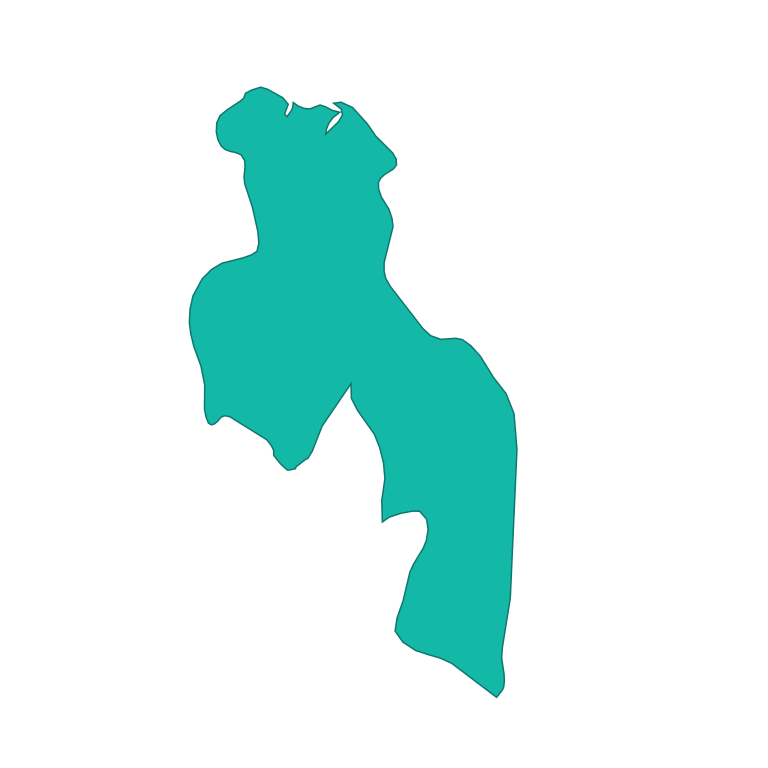 an SVG outline of Long An, rotated 229°
{"feature_id": "VNM-503", "entity_name": "Long An", "entity_type": "Province", "adm_level": 1, "iso_a3": "VNM", "parent_name": "Vietnam", "parent_adm1": "", "projection": "orthographic", "projection_center": [106.273, 10.719], "detail": "fine", "context": "isolated", "style": "filled", "palette": "teal", "viewbox_px": 768, "rotation_deg": 229, "n_neighbors": 0, "source": "natural_earth", "source_scale": "10m", "svg_char_len": 1976}
<svg xmlns="http://www.w3.org/2000/svg" viewBox="0 0 768 768"><g transform="rotate(229 384 384)"><path d="M176.7,228.9L190.3,230.3L198.8,240.3L207.8,256.1L225.0,280.1L228.6,287.9L234.4,306.0L238.2,313.4L245.1,321.7L254.1,327.5L264.6,327.4L269.3,322.2L275.3,312.0L280.1,300.6L280.9,292.2L297.8,306.1L302.5,311.7L312.0,322.6L324.8,331.9L339.0,339.1L352.5,343.8L381.3,346.7L394.6,350.0L405.9,359.3L392.8,309.6L380.3,285.7L377.7,277.3L378.5,276.2L379.2,262.9L378.1,261.7L381.0,256.4L382.6,254.5L391.6,253.5L402.4,253.9L406.5,257.3L411.7,258.6L418.7,259.0L460.6,246.1L464.5,243.0L465.9,239.1L465.1,234.4L465.0,230.3L466.4,226.9L469.7,225.9L476.4,228.3L483.0,232.2L500.7,247.9L517.4,257.5L537.3,265.2L549.0,271.3L558.2,277.5L567.9,286.9L575.9,297.8L582.6,315.7L583.6,328.9L581.5,340.9L571.9,359.9L568.4,368.6L567.5,375.3L572.4,381.9L581.8,388.8L603.8,400.7L626.4,410.2L632.1,414.2L638.8,421.4L644.0,425.4L650.7,426.5L655.7,424.1L660.4,420.6L665.3,417.9L670.5,417.3L677.3,418.9L684.4,422.9L690.8,429.1L694.1,436.2L693.8,445.6L691.8,461.0L691.7,465.6L694.3,470.3L692.8,476.6L688.9,485.7L682.6,489.6L666.2,495.5L657.9,495.2L652.9,486.1L649.4,486.1L651.2,493.7L652.8,496.8L656.0,500.2L650.4,501.5L644.7,504.3L640.4,508.3L636.5,518.8L631.3,521.9L624.5,524.5L618.1,528.9L618.5,520.2L617.0,513.6L614.5,508.4L610.8,503.8L611.8,521.9L614.3,529.2L619.8,532.1L628.9,530.2L624.9,536.4L613.3,541.7L591.4,542.1L576.4,540.4L552.9,542.1L545.8,540.8L541.2,537.2L540.1,532.5L541.7,521.9L541.6,517.1L539.9,512.1L534.9,508.0L527.0,504.7L512.7,502.4L503.8,498.7L496.8,494.0L475.5,463.7L468.9,458.0L462.4,454.5L453.6,452.8L400.3,449.7L389.8,450.9L380.4,456.2L371.3,468.3L366.0,472.3L355.5,474.7L341.5,474.9L316.8,470.9L296.6,469.8L276.4,462.7L247.5,441.5L139.5,338.8L107.5,300.5L99.9,292.9L86.2,284.2L80.7,279.8L77.0,275.8L75.5,272.9L74.1,266.2L73.7,263.4L121.3,253.4L128.9,251.8L140.4,246.5L150.0,240.3L150.2,240.2L162.0,233.1L176.7,228.9Z" fill="#14b8a6" stroke="#0f766e" stroke-width="1.5"/></g></svg>